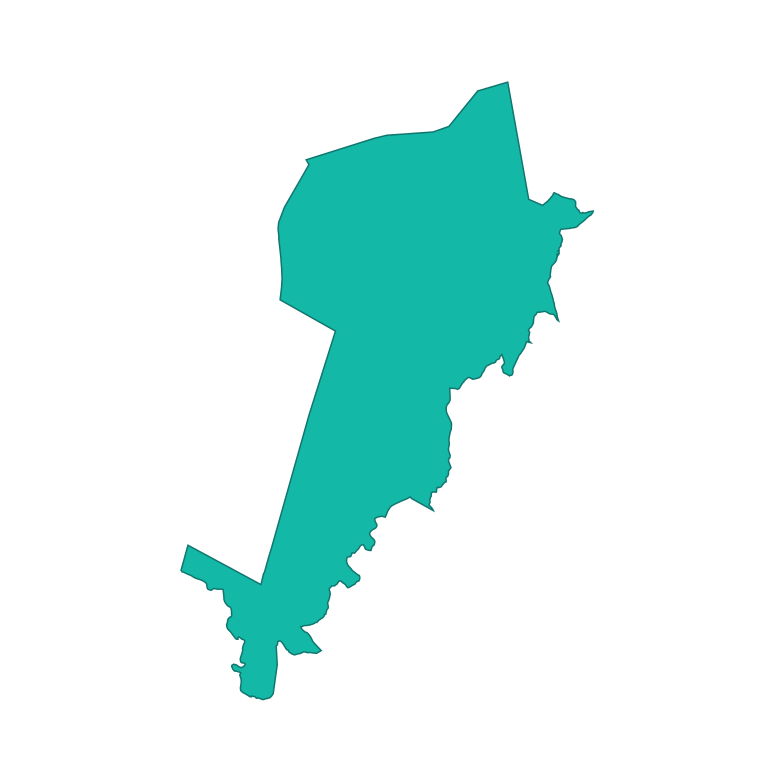 outline of El Barrio de la Soledad, Oaxaca, Mexico, rotated 155°
{"feature_id": "50627088B42092688569481", "entity_name": "El Barrio de la Soledad", "entity_type": "district", "adm_level": 2, "iso_a3": "MEX", "parent_name": "Mexico", "parent_adm1": "Oaxaca", "projection": "equal_earth", "projection_center": [-95.026, 16.802], "detail": "fine", "context": "isolated", "style": "filled", "palette": "teal", "viewbox_px": 768, "rotation_deg": 155, "n_neighbors": 0, "source": "geoboundaries", "source_scale": "gbopen_adm2", "svg_char_len": 6171}
<svg xmlns="http://www.w3.org/2000/svg" viewBox="0 0 768 768"><g transform="rotate(155 384 384)"><path d="M359.8,620.1L359.3,614.5L399.6,586.2L410.9,575.2L411.7,574.1L414.5,569.2L417.1,561.6L417.9,560.3L424.3,541.4L425.0,539.8L427.7,532.6L431.8,522.6L436.1,514.7L442.6,504.2L405.6,452.5L465.1,387.5L554.6,283.7L561.8,275.7L571.9,263.9L573.3,263.0L580.3,254.2L629.8,320.7L646.7,300.9L646.2,298.8L645.3,298.3L641.6,293.8L640.1,292.4L637.8,288.8L636.5,287.3L632.4,283.5L630.3,280.7L629.2,278.2L630.4,273.9L630.4,272.7L629.8,271.8L628.1,270.2L627.2,270.1L625.1,270.6L624.1,270.3L622.9,269.2L620.4,267.8L618.4,267.1L616.7,265.7L619.1,258.5L620.0,256.7L620.3,254.8L620.3,252.6L619.4,248.9L617.9,246.9L617.4,245.3L618.2,242.5L619.6,239.5L620.0,238.2L620.8,237.7L622.4,237.8L623.7,237.4L625.0,236.6L627.1,233.6L628.2,232.7L629.0,230.7L629.2,228.9L629.0,227.2L627.9,224.7L626.3,216.7L625.7,215.2L625.0,214.7L624.0,214.5L623.6,215.9L622.7,216.1L621.9,215.5L620.6,212.7L619.2,211.6L618.9,210.3L619.1,209.1L621.7,206.9L623.8,204.4L624.6,202.4L625.7,200.9L630.3,195.9L631.1,193.9L631.2,192.2L630.6,191.3L628.7,190.2L628.2,189.2L628.1,188.7L629.4,187.7L632.3,187.1L633.3,187.3L635.4,189.5L636.0,191.1L636.9,192.2L638.8,193.6L640.8,193.3L641.4,192.3L641.5,189.4L641.0,187.5L640.4,186.6L639.5,186.5L638.7,185.8L637.7,184.7L636.8,184.1L635.9,182.9L637.7,181.2L638.2,177.2L639.0,174.9L640.5,172.3L642.2,169.9L643.1,168.0L643.4,166.7L642.7,164.7L638.5,158.7L638.1,157.7L636.7,156.6L636.2,157.4L634.6,156.1L633.6,155.7L633.1,155.0L632.5,153.2L631.8,152.8L630.5,152.6L627.3,149.2L620.1,147.9L617.7,148.7L615.2,150.3L599.4,174.7L592.4,192.2L590.8,192.7L589.1,195.5L587.0,195.2L586.1,194.2L585.3,191.2L584.6,184.9L584.1,183.8L583.3,183.1L583.4,181.6L583.2,181.0L581.5,178.2L579.6,176.3L575.5,175.7L573.9,175.1L569.8,175.2L566.5,172.6L564.4,171.9L562.0,170.2L558.8,168.4L553.6,168.9L557.1,179.7L557.3,180.9L557.4,185.6L557.9,188.4L558.8,191.0L559.4,191.8L560.2,192.4L561.5,195.0L561.9,196.4L562.2,199.0L558.1,198.7L556.7,198.0L553.2,197.0L549.6,196.5L546.7,196.7L545.4,196.3L543.0,197.4L537.8,198.2L536.4,199.0L535.5,200.2L534.3,199.9L532.0,202.5L531.4,203.5L529.2,204.6L528.4,206.4L527.9,208.7L527.4,209.8L525.8,211.0L523.4,213.7L522.5,215.1L521.5,216.3L520.8,218.7L520.5,221.0L520.2,221.6L516.5,223.0L514.0,221.9L512.6,222.4L511.5,222.4L507.9,224.5L506.2,223.3L505.4,221.3L504.5,220.0L503.9,218.8L503.0,214.7L501.0,214.4L496.7,215.0L495.7,214.8L495.0,214.9L493.4,216.0L490.7,216.4L490.0,216.1L488.8,217.2L487.9,218.3L487.3,220.4L487.5,221.3L488.1,221.8L488.7,222.8L491.5,228.3L491.9,230.3L493.4,235.2L493.0,238.7L492.3,240.3L491.5,241.5L490.7,242.4L488.9,242.4L487.9,241.8L487.0,241.8L484.1,244.5L482.2,243.1L478.8,244.7L476.9,245.3L473.8,247.4L471.2,247.6L470.4,246.2L470.6,242.1L468.3,239.9L466.2,238.6L464.1,241.1L463.2,241.7L461.6,242.1L460.4,242.9L458.8,245.1L458.8,246.8L459.1,248.0L460.3,250.8L460.6,252.9L460.1,255.0L458.0,256.2L455.2,256.9L453.6,256.8L452.0,257.2L450.6,258.2L449.9,259.4L450.1,263.3L449.6,265.1L448.9,266.0L446.2,266.2L441.9,265.1L439.1,262.8L438.5,263.7L437.7,264.0L434.5,267.1L430.4,269.8L427.8,270.4L424.6,270.6L417.7,270.6L412.4,270.3L408.1,270.6L407.5,268.9L407.0,268.0L392.8,248.4L392.8,250.1L393.1,251.4L393.8,253.9L394.4,255.0L393.7,256.1L392.4,257.1L392.0,257.9L391.4,259.7L390.7,260.4L390.2,261.2L389.6,261.8L388.6,262.3L387.6,264.6L387.1,265.2L385.1,265.6L382.6,263.9L382.1,264.0L380.6,266.7L379.8,267.2L379.4,267.8L378.8,267.7L378.1,266.9L375.3,266.7L374.4,267.6L372.4,268.3L371.8,268.9L371.0,268.9L370.2,269.2L369.2,269.0L368.4,270.3L367.6,272.8L365.2,273.5L363.4,275.4L362.7,277.3L360.8,278.9L359.3,279.4L358.6,280.1L358.1,286.8L357.0,288.7L356.1,289.2L355.5,289.2L354.1,291.7L353.8,295.7L352.8,298.5L350.7,301.1L349.9,302.6L349.0,305.6L348.0,307.3L344.9,311.7L342.1,314.7L339.7,319.2L339.3,320.8L339.3,322.0L339.4,330.7L339.1,332.6L338.3,334.9L337.4,336.6L336.0,338.2L332.8,339.9L331.3,341.0L330.1,343.1L326.2,352.4L321.1,349.7L319.6,348.1L318.8,348.1L317.6,348.2L312.9,351.4L310.7,352.2L309.7,353.0L305.5,354.3L303.7,353.8L301.7,350.9L299.0,350.1L294.8,349.5L293.5,349.9L292.0,350.7L290.9,351.9L287.9,353.7L285.7,355.6L283.2,357.1L280.8,356.9L278.9,357.2L278.0,357.0L276.8,357.1L275.5,356.6L273.6,356.7L272.3,358.1L271.5,358.2L269.8,358.0L268.4,358.3L267.8,359.4L267.1,360.1L265.9,360.3L264.8,360.9L265.0,357.1L265.5,353.8L265.8,352.7L266.5,351.5L268.3,350.9L270.0,349.8L270.3,348.7L270.4,346.0L270.9,344.8L270.6,343.3L268.3,340.7L266.9,338.4L266.6,338.6L265.0,338.1L264.1,338.2L263.3,338.7L262.2,340.0L260.9,343.3L248.9,353.4L247.8,353.6L241.8,357.3L236.9,362.1L233.5,359.4L234.1,361.1L234.3,362.6L233.9,362.9L233.2,365.1L232.5,366.3L231.9,366.7L231.4,367.7L230.3,369.0L230.1,369.5L230.4,370.8L230.4,371.7L228.6,372.9L226.4,373.5L224.7,374.6L222.8,376.2L220.4,380.5L219.8,381.3L218.5,382.3L217.4,382.5L215.0,384.1L214.2,384.1L212.3,383.2L207.2,381.8L204.0,377.4L201.2,375.7L200.8,375.2L200.4,373.5L200.1,371.1L200.1,369.2L199.1,367.4L198.6,371.3L197.5,375.3L197.0,380.2L196.5,382.8L195.7,385.0L195.3,388.3L194.8,390.0L194.2,393.7L194.0,396.3L192.9,402.4L193.0,406.7L190.1,409.4L189.0,409.9L187.5,411.2L187.7,412.0L184.0,417.8L182.5,419.8L181.2,420.5L176.7,422.4L174.5,424.4L174.5,425.1L173.7,425.6L173.6,426.1L173.0,426.3L172.9,426.8L172.5,427.4L172.4,428.6L172.1,428.6L171.4,427.3L169.9,428.5L169.6,429.9L170.2,430.9L168.8,430.9L168.7,431.7L168.3,432.7L167.5,433.5L166.6,433.7L164.9,434.6L164.8,435.9L162.8,437.5L161.2,439.5L160.7,443.4L161.4,446.3L159.5,448.6L158.4,449.5L149.5,446.4L147.9,446.2L146.3,445.5L144.0,445.0L142.8,445.0L140.9,445.5L139.7,446.1L133.3,447.6L129.4,449.0L126.7,449.6L125.0,449.7L122.3,451.2L121.3,452.3L125.3,453.5L129.0,453.8L130.4,454.4L131.5,455.5L132.1,455.2L133.8,455.9L134.2,457.8L133.9,458.4L134.2,458.9L134.1,459.4L134.9,460.5L135.4,464.2L134.4,465.7L133.3,468.3L134.0,470.8L135.7,472.4L137.6,473.5L141.5,476.7L144.1,479.1L145.9,482.0L146.8,482.8L148.3,484.7L148.9,485.3L149.5,485.4L151.4,483.6L153.6,482.7L155.1,481.7L155.8,481.7L158.1,480.6L164.8,478.9L174.8,490.2L144.3,605.3L175.2,610.0L216.3,590.0L233.2,591.7L276.2,608.2L289.0,610.8L359.8,620.1Z" fill="#14b8a6" stroke="#0f766e" stroke-width="1.5"/></g></svg>